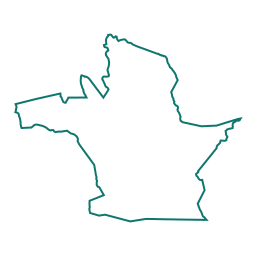 the district of Seabra, Bahia, Brazil
{"feature_id": "56859067B75926333171607", "entity_name": "Seabra", "entity_type": "district", "adm_level": 2, "iso_a3": "BRA", "parent_name": "Brazil", "parent_adm1": "Bahia", "projection": "orthographic", "projection_center": [-41.912, -12.388], "detail": "fine", "context": "isolated", "style": "outline", "palette": "teal", "viewbox_px": 256, "rotation_deg": 0, "n_neighbors": 0, "source": "geoboundaries", "source_scale": "gbopen_adm2", "svg_char_len": 4166}
<svg xmlns="http://www.w3.org/2000/svg" viewBox="0 0 256 256"><path d="M60.4,93.5L36.0,99.0L15.6,104.1L16.1,105.5L16.5,106.8L16.5,107.7L16.0,109.0L15.9,110.3L15.7,111.2L15.4,112.2L17.1,112.7L18.4,113.4L18.9,114.9L19.0,116.2L19.6,117.3L20.0,118.9L20.3,120.1L20.4,121.2L20.6,122.9L20.6,124.3L20.9,125.5L21.1,126.8L21.6,128.0L31.5,127.5L32.5,126.6L33.2,126.1L34.2,125.1L35.7,124.6L37.0,124.6L38.9,125.0L40.0,125.3L41.3,125.6L43.1,126.1L44.8,126.9L46.4,127.8L48.0,129.1L49.0,129.9L50.5,130.5L51.9,130.0L53.3,130.1L54.2,131.4L55.5,132.1L56.9,131.8L58.3,131.7L59.7,131.5L61.1,131.7L61.9,131.6L62.8,131.3L63.9,131.2L65.2,131.0L67.0,130.7L67.9,131.4L69.0,132.1L69.9,132.8L71.0,133.5L72.3,133.8L73.7,134.2L74.6,134.7L75.5,135.5L76.6,136.3L77.1,137.2L77.7,138.2L77.9,139.4L77.6,141.1L79.2,144.3L91.0,160.5L92.6,162.7L94.2,164.9L95.6,173.1L95.8,174.5L96.2,176.1L96.6,177.6L96.2,178.7L96.6,179.8L97.0,180.7L96.7,182.5L96.7,183.6L96.7,184.9L97.3,186.0L98.2,187.0L99.2,187.2L99.8,187.9L100.3,189.1L101.5,191.0L101.9,191.8L103.8,195.1L90.8,200.3L89.6,200.8L89.6,202.0L89.4,202.9L89.5,203.8L89.6,204.8L89.5,205.7L89.8,207.0L89.3,208.9L89.5,210.3L89.9,212.1L90.1,213.0L97.0,215.0L98.1,215.4L99.1,215.6L105.1,214.7L130.3,221.4L146.1,218.9L152.4,219.0L160.7,219.2L185.9,219.6L206.5,219.9L205.1,218.3L204.3,217.2L203.2,216.6L202.6,215.7L202.3,214.8L202.0,213.7L201.4,212.4L200.8,211.0L200.0,209.8L199.4,208.5L199.2,207.6L198.6,206.5L198.5,205.6L198.1,204.7L197.7,203.7L204.6,190.2L202.2,179.9L201.1,180.1L200.0,179.9L199.1,179.2L198.4,178.3L198.0,177.4L197.2,176.4L196.4,175.7L196.1,174.7L196.2,173.8L197.3,173.0L198.4,172.0L198.1,171.1L216.5,148.3L216.8,146.6L217.2,145.5L218.1,144.9L219.0,143.9L219.9,143.1L220.3,141.8L220.6,140.6L221.8,140.6L223.2,140.7L225.0,140.8L226.3,140.2L226.3,139.2L226.8,138.2L227.4,136.8L226.6,135.6L226.1,134.6L226.0,133.6L225.8,132.2L225.6,131.0L226.4,130.4L227.1,129.5L228.4,129.1L229.5,128.7L230.4,128.6L231.3,128.4L232.6,128.1L232.8,126.6L232.6,125.4L232.7,124.4L232.9,123.2L234.0,122.4L235.4,121.6L236.3,120.6L237.6,120.6L238.6,120.7L239.6,120.3L240.1,119.3L240.6,118.5L237.6,119.1L216.2,125.7L214.1,125.7L201.5,126.3L199.0,125.8L197.8,125.5L185.3,122.8L182.3,122.1L181.6,121.3L180.6,120.8L180.3,119.5L180.2,118.2L180.6,116.8L180.2,115.7L179.7,114.4L179.2,113.0L178.5,112.0L177.7,110.8L177.5,109.3L178.0,108.2L177.9,106.8L177.1,105.9L175.9,105.4L174.9,104.4L174.0,102.8L174.4,101.5L173.5,100.1L173.4,98.5L172.6,97.3L172.1,96.1L172.1,94.9L171.8,94.0L171.5,93.1L171.2,92.1L177.7,80.1L177.1,78.8L176.5,77.7L176.1,76.3L175.9,75.2L175.5,74.4L174.9,73.1L174.0,71.9L173.4,71.0L172.6,70.2L171.9,68.9L171.0,68.1L170.1,67.4L169.6,66.3L169.1,65.0L168.5,64.0L167.9,63.1L167.5,62.2L167.3,60.9L167.0,59.7L166.8,58.5L165.9,57.1L164.7,56.1L163.5,56.1L162.7,55.5L161.5,55.6L160.8,54.9L159.6,54.8L158.6,53.8L157.7,53.9L145.7,49.5L137.7,46.6L136.7,46.2L135.5,45.7L134.0,45.0L132.6,44.4L131.5,43.3L130.5,42.9L129.3,42.8L128.1,42.6L127.3,42.0L126.1,40.5L124.9,39.4L123.6,39.4L121.4,39.8L119.9,40.3L118.5,41.0L117.4,39.6L116.8,38.2L116.7,36.8L115.6,36.3L114.5,37.4L113.5,37.7L112.6,36.7L111.8,35.6L111.3,34.9L110.4,34.6L109.3,34.8L108.2,34.9L108.0,36.3L107.2,36.9L106.7,37.9L106.0,39.6L106.2,43.1L106.4,44.0L105.5,44.6L104.0,45.0L104.2,46.3L104.7,47.1L106.2,47.4L107.4,47.9L108.0,49.3L108.3,50.5L107.1,51.2L106.1,52.5L105.8,54.0L106.0,55.2L106.6,56.1L107.3,57.2L108.4,58.7L108.8,60.7L109.1,62.1L109.1,63.1L108.9,65.1L108.3,67.6L107.9,68.5L107.6,69.4L107.5,70.6L108.0,71.7L108.5,73.7L109.0,75.2L108.7,76.2L107.5,76.6L105.5,76.7L104.0,76.5L102.8,77.2L102.3,78.4L102.4,79.6L103.1,80.4L103.8,82.3L104.3,83.1L105.0,84.8L105.4,86.0L106.1,86.9L107.0,87.3L107.8,88.0L108.5,89.3L107.9,90.6L103.4,97.6L97.1,89.3L89.6,79.3L88.6,78.2L87.5,77.4L86.6,76.9L85.6,76.5L84.8,76.8L84.0,76.2L82.6,75.6L81.5,75.4L80.9,76.8L80.9,77.9L80.8,79.1L80.7,80.1L80.8,82.6L81.2,84.5L81.7,85.7L82.1,87.3L82.8,88.8L83.4,89.8L83.4,91.2L84.1,93.2L85.3,95.1L85.8,96.2L86.5,97.5L75.0,97.6L71.3,97.6L68.4,97.6L67.8,98.9L67.3,99.8L66.6,100.7L66.2,101.6L65.7,102.7L64.4,102.6L63.3,101.9L62.6,100.5L62.2,99.4L61.9,98.6L61.5,97.4L60.5,96.4L60.6,95.0L60.4,93.5Z" fill="none" stroke="#0f766e" stroke-width="2"/></svg>